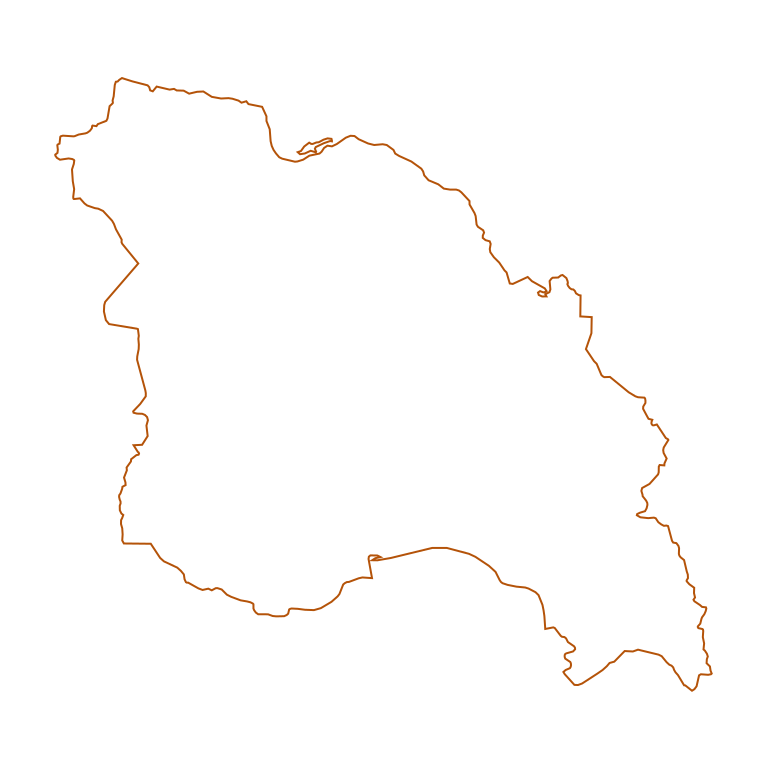 map outline of Iran (Mercator projection), rotated 181°
{"feature_id": "IRN", "entity_name": "Iran", "entity_type": "country or territory", "adm_level": 0, "iso_a3": "IRN", "parent_name": "Asia", "parent_adm1": "", "projection": "mercator", "projection_center": [53.162, 32.435], "detail": "fine", "context": "isolated", "style": "outline", "palette": "amber", "viewbox_px": 768, "rotation_deg": 181, "n_neighbors": 0, "source": "natural_earth", "source_scale": "50m", "svg_char_len": 6085}
<svg xmlns="http://www.w3.org/2000/svg" viewBox="0 0 768 768"><g transform="rotate(181 384 384)"><path d="M392.6,189.7L402.2,190.2L405.9,189.3L415.6,185.5L417.7,185.3L419.7,184.2L421.3,182.8L424.9,173.2L426.7,170.8L432.7,165.3L443.2,158.8L450.1,156.7L459.1,156.9L466.3,157.7L472.5,157.9L474.0,157.5L474.9,156.9L475.8,152.7L477.3,151.3L479.8,150.1L487.7,149.8L491.3,150.1L495.9,151.7L505.8,151.6L508.1,153.2L509.8,155.4L510.6,157.2L510.7,161.5L511.3,162.2L513.7,163.4L517.1,164.2L523.6,165.2L533.0,168.5L537.4,170.6L542.7,175.7L547.0,177.0L548.7,176.9L552.6,174.7L556.1,176.3L561.8,174.9L566.0,176.4L576.4,182.0L577.6,181.9L578.6,182.4L580.0,185.3L580.8,190.1L583.8,193.6L587.5,196.8L600.9,202.8L604.8,206.2L614.4,220.2L641.3,220.0L643.0,223.0L642.7,229.0L643.2,235.1L644.5,239.4L644.5,243.3L643.5,245.3L642.4,248.5L644.3,249.9L645.9,253.1L646.1,257.6L645.3,260.0L645.4,262.0L646.2,263.7L646.9,266.5L646.8,268.2L645.6,269.9L644.0,274.6L643.7,276.7L640.6,278.4L640.8,281.1L642.3,285.9L639.6,293.2L639.9,296.0L635.7,302.1L635.5,304.4L630.3,308.6L628.2,309.0L627.7,310.1L628.1,311.2L629.0,311.9L633.3,318.4L624.8,319.0L619.4,327.8L620.8,338.3L619.4,343.7L620.3,346.8L622.5,348.9L625.2,350.0L630.5,350.1L633.9,350.9L634.3,352.3L627.4,359.8L622.0,367.5L622.0,370.7L622.5,373.4L631.3,403.9L631.2,407.2L629.9,414.6L629.8,419.1L630.4,424.9L630.0,427.9L631.0,434.6L632.1,435.0L659.9,439.1L663.2,443.0L665.3,451.6L665.1,458.0L664.2,461.3L631.8,500.2L648.1,519.5L648.9,521.1L648.8,523.8L654.7,534.0L656.8,539.3L658.7,542.5L667.9,552.1L672.8,554.3L676.2,554.8L683.9,557.3L686.6,559.3L691.2,564.3L696.4,563.6L697.5,563.6L697.8,564.0L698.0,565.6L697.2,573.4L698.7,581.3L699.7,593.1L698.0,598.6L697.6,602.1L698.0,602.7L699.7,603.5L703.3,604.0L711.9,602.6L715.0,604.4L716.6,606.6L716.7,607.6L714.5,609.4L714.2,612.5L714.8,617.1L714.5,617.7L712.6,618.7L712.0,625.4L711.6,626.0L709.4,626.7L698.8,626.2L697.6,626.4L693.6,628.1L686.8,629.4L685.0,630.1L682.4,632.1L680.6,634.6L680.3,636.8L679.9,637.3L676.0,636.8L674.7,638.8L666.2,642.3L665.1,644.6L663.2,657.0L660.2,659.9L660.0,660.5L660.3,662.8L659.3,666.9L658.4,678.3L657.4,681.5L655.6,681.8L654.1,683.4L651.4,685.3L640.9,682.2L625.6,678.5L623.9,676.7L622.9,673.5L620.3,672.6L616.5,677.4L603.5,674.6L599.1,675.4L596.4,673.9L589.4,673.8L583.9,670.9L576.0,672.9L569.7,673.3L561.2,668.1L551.9,666.6L544.5,667.1L540.6,666.6L534.4,664.8L531.4,662.8L526.6,664.3L524.4,661.5L510.7,659.0L506.2,649.6L506.1,644.9L502.7,636.7L501.6,624.8L500.4,620.1L498.5,616.1L496.0,612.6L492.7,608.9L489.7,607.5L476.9,604.7L474.4,605.0L468.7,606.9L462.6,611.0L452.5,613.3L450.5,615.1L448.0,619.0L444.7,621.3L440.2,620.7L435.4,623.1L426.5,629.6L421.8,631.6L417.8,631.4L413.6,628.3L404.1,624.2L398.0,622.8L389.5,623.7L385.4,623.0L378.6,618.2L376.8,614.6L372.9,612.3L360.5,606.9L350.4,599.9L348.6,597.2L347.4,593.3L343.0,588.5L333.2,584.6L327.6,580.4L321.1,579.5L315.1,579.6L312.4,578.8L310.0,577.0L301.7,568.4L301.6,565.0L296.5,556.5L295.3,553.5L294.2,545.0L292.8,542.8L287.5,539.4L286.6,537.1L287.8,534.1L287.8,531.8L285.0,529.6L280.8,528.5L279.8,525.9L280.6,520.8L280.0,517.6L276.3,512.6L270.9,507.4L265.5,499.7L263.4,497.7L260.0,486.7L257.0,486.3L242.2,493.5L237.9,489.4L224.9,482.4L223.1,479.7L224.7,478.7L226.4,478.4L229.6,479.6L231.6,478.1L230.8,475.7L227.5,474.3L223.1,474.4L224.3,476.6L220.2,478.7L219.3,481.5L220.2,489.8L218.6,492.1L217.3,493.2L211.7,493.5L209.1,495.6L207.4,496.1L203.5,493.1L202.3,490.2L201.9,488.2L202.4,487.1L201.7,485.4L200.0,483.2L198.2,482.0L196.3,481.8L194.8,480.4L193.6,478.0L190.8,476.3L189.0,476.0L188.9,455.0L177.5,454.5L177.5,438.4L182.7,422.4L174.4,410.5L171.7,407.9L166.8,396.8L165.4,395.5L163.9,394.7L158.2,395.0L139.2,380.0L132.5,376.1L129.8,375.2L123.4,374.9L122.7,374.1L122.3,372.0L122.3,369.6L124.4,366.0L124.5,363.7L120.2,356.0L118.9,353.8L115.1,352.9L115.9,350.6L115.9,349.1L115.3,348.0L114.5,347.4L113.4,347.4L110.5,348.3L101.3,334.9L99.1,333.7L98.7,333.0L103.2,325.4L103.7,322.8L103.2,319.9L100.1,314.4L102.2,309.5L102.3,307.5L107.0,307.8L107.8,306.2L107.8,300.5L108.4,298.4L116.8,288.7L124.1,284.5L124.8,281.6L123.6,277.9L123.4,276.3L119.9,272.0L118.7,269.7L118.5,267.7L119.3,264.2L120.8,261.4L125.8,259.8L128.6,258.4L128.9,257.2L125.3,255.2L117.5,254.5L111.8,255.1L110.0,254.5L107.3,250.6L104.4,248.5L101.7,247.1L99.1,247.4L97.5,246.9L93.3,232.3L92.1,230.5L88.9,230.0L86.8,227.3L86.1,225.0L86.2,219.3L85.7,217.6L84.4,215.9L80.9,213.2L78.0,201.8L76.9,198.7L76.7,195.2L78.0,192.9L77.9,192.0L75.2,189.1L70.3,185.7L70.4,180.3L69.3,176.0L70.8,173.7L69.9,172.2L64.2,168.5L62.1,166.7L58.2,166.3L57.8,165.1L58.4,162.5L59.7,159.4L61.9,156.3L62.5,154.7L63.6,149.9L66.0,147.1L66.0,146.4L65.4,145.4L61.5,144.6L60.8,144.1L60.5,142.6L60.8,136.5L59.4,130.2L59.9,124.2L58.5,123.0L56.4,119.9L55.5,117.2L56.4,114.5L56.6,110.5L53.2,107.3L52.5,103.1L51.3,100.2L52.0,99.5L54.8,98.9L62.1,99.3L63.9,98.2L66.2,87.2L68.3,84.3L70.7,82.7L77.5,87.9L78.7,88.0L85.0,98.1L87.5,100.8L88.9,103.1L89.9,105.7L91.6,107.4L93.8,108.3L96.6,110.8L101.6,116.7L104.8,118.2L125.4,122.8L130.5,120.9L138.7,121.2L148.9,110.4L153.6,109.0L156.3,105.7L160.5,101.8L165.7,98.1L180.7,88.0L184.8,86.4L188.4,86.5L198.2,97.0L199.6,99.2L197.4,101.2L193.2,103.1L192.4,104.5L192.1,106.2L192.3,108.0L192.9,109.3L198.0,112.6L198.6,114.3L198.6,116.1L198.0,117.3L196.9,117.9L190.3,119.9L188.3,122.1L188.4,123.5L189.3,125.0L195.6,129.2L197.5,132.8L199.1,134.1L201.7,134.4L202.9,135.3L209.0,143.0L210.5,143.6L218.5,141.9L219.6,154.8L220.5,160.4L221.7,165.9L225.8,175.6L228.9,178.5L235.9,182.0L239.3,183.0L248.1,183.7L256.9,185.3L262.0,186.9L263.6,188.1L264.9,189.9L269.2,198.1L275.9,204.0L289.6,212.8L296.1,215.7L318.4,221.2L333.1,220.9L374.0,210.2L387.6,207.6L392.7,207.6L389.6,209.7L384.5,210.9L387.6,212.4L394.6,212.4L396.1,211.1L396.4,208.8L392.6,189.7ZM471.1,615.5L467.9,620.1L463.0,624.0L461.0,622.8L459.4,622.8L455.9,624.3L453.4,624.6L448.8,627.2L444.7,628.6L440.8,628.2L440.3,626.4L440.3,625.7L442.1,626.0L448.4,623.7L456.4,619.7L457.2,618.0L455.9,615.1L456.2,614.5L461.4,615.9L467.2,613.1L472.0,612.3L474.3,614.3L471.1,615.5Z" fill="none" stroke="#b45309" stroke-width="2"/></g></svg>